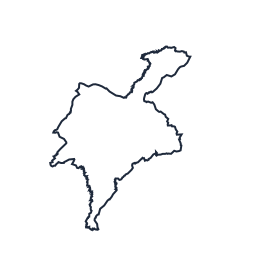 Kumphawapi, Udon Thani, Thailand (Equal Earth projection), rotated 234°
{"feature_id": "78962969B78626790944286", "entity_name": "Kumphawapi", "entity_type": "district", "adm_level": 2, "iso_a3": "THA", "parent_name": "Thailand", "parent_adm1": "Udon Thani", "projection": "equal_earth", "projection_center": [102.971, 17.074], "detail": "fine", "context": "isolated", "style": "outline", "palette": "slate", "viewbox_px": 256, "rotation_deg": 234, "n_neighbors": 0, "source": "geoboundaries", "source_scale": "gbopen_adm2", "svg_char_len": 5767}
<svg xmlns="http://www.w3.org/2000/svg" viewBox="0 0 256 256"><g transform="rotate(234 128 128)"><path d="M171.7,206.3L171.7,205.6L171.2,205.4L171.2,205.0L171.8,204.5L171.4,204.6L171.2,203.8L171.5,203.7L171.2,203.3L172.0,201.9L171.4,201.1L171.3,200.3L171.6,200.1L171.7,199.1L172.4,198.7L171.8,198.4L171.8,197.4L172.0,197.6L172.1,197.2L172.8,196.8L172.2,196.7L172.4,195.6L173.2,195.6L173.2,193.4L173.4,193.8L173.7,193.2L174.1,193.2L174.8,193.8L175.3,193.0L175.0,192.5L175.6,191.8L176.3,192.2L175.6,191.2L176.0,190.4L175.9,189.0L176.8,188.2L176.6,187.5L177.0,186.8L177.1,185.3L177.8,185.4L177.8,184.8L177.2,184.1L177.7,183.4L178.1,183.6L178.0,182.8L178.4,183.1L178.6,182.7L178.2,182.6L178.1,181.7L177.7,181.5L177.8,182.6L176.9,182.8L177.2,180.5L176.8,179.9L176.5,180.3L176.8,181.1L176.5,180.9L175.8,181.9L175.5,181.7L175.9,181.4L175.1,180.7L173.8,181.4L172.2,184.5L171.2,184.3L170.7,183.5L170.0,184.0L167.7,183.5L167.6,184.0L166.8,183.9L166.5,182.9L165.4,182.0L166.0,180.1L164.8,179.4L164.5,180.1L164.1,179.5L164.0,178.5L164.5,177.5L164.1,176.6L164.7,175.9L164.0,175.6L164.3,174.7L163.2,174.5L163.7,173.8L163.5,173.4L163.0,173.6L163.1,172.7L162.6,172.8L162.5,171.4L162.2,171.4L162.4,171.9L162.0,172.3L161.7,171.5L161.0,171.4L161.4,170.0L160.2,168.7L160.5,167.6L159.8,167.1L159.9,166.1L160.2,166.4L160.7,166.1L160.3,164.9L161.0,163.9L160.4,162.6L160.9,159.7L159.6,158.6L159.4,156.8L159.0,157.4L158.5,156.9L157.6,157.2L157.9,156.9L157.4,156.0L157.8,155.1L157.5,154.8L157.7,154.3L157.1,153.9L157.4,153.7L157.1,153.3L156.8,153.9L156.0,153.5L156.0,154.0L155.7,153.1L154.9,152.6L154.7,152.2L155.7,150.9L155.0,149.4L155.2,149.1L155.0,148.8L155.0,148.1L155.2,147.7L154.8,146.9L154.7,145.3L153.9,144.8L153.7,144.2L154.9,143.3L154.8,142.4L158.2,140.5L161.3,137.4L168.4,134.5L172.7,133.9L173.0,133.1L176.8,131.5L180.0,129.5L182.5,127.4L183.8,125.4L184.7,120.5L187.1,119.0L189.2,118.2L191.6,116.5L192.5,115.3L192.3,114.4L189.3,112.0L188.7,109.9L188.6,107.8L186.9,108.4L183.8,108.3L184.1,103.8L183.4,100.7L182.0,98.5L179.4,96.6L177.0,93.0L175.5,92.0L175.2,91.1L174.8,91.1L174.5,90.0L174.2,90.1L174.2,88.9L173.9,88.7L174.2,86.9L172.4,83.6L172.8,82.6L172.4,78.3L169.8,72.2L168.6,70.1L168.6,69.2L169.2,67.4L168.9,66.0L168.2,64.9L166.9,66.4L166.6,67.7L165.4,68.7L161.1,67.5L156.8,69.8L152.7,69.7L151.9,69.1L150.8,61.0L149.9,56.6L149.0,56.2L149.1,55.4L148.3,55.4L148.2,53.3L148.6,53.2L148.5,51.6L148.7,51.1L146.4,51.1L146.2,47.5L144.7,46.9L145.5,44.6L143.7,43.7L142.3,43.7L141.2,44.4L141.0,46.1L140.3,46.9L141.0,49.0L141.0,51.0L141.3,51.7L139.1,53.2L137.4,55.6L138.0,56.5L137.7,57.5L137.1,61.9L134.6,66.2L133.9,66.0L133.8,65.2L133.2,64.9L131.7,61.5L128.3,63.9L125.6,63.4L124.6,64.4L124.9,66.2L124.5,66.7L125.0,67.4L124.6,67.2L124.6,67.7L123.5,68.1L123.3,67.7L123.1,68.3L122.7,67.9L122.3,68.4L122.0,68.0L121.7,68.2L121.6,67.5L121.0,68.5L120.8,68.4L121.0,68.0L120.6,68.1L120.1,67.4L119.2,67.5L118.9,66.8L117.9,66.9L117.6,66.2L117.0,66.9L116.8,65.8L115.6,64.8L115.0,65.2L114.0,65.0L113.4,66.1L113.3,65.7L112.7,65.8L112.9,65.3L112.5,65.2L112.4,64.5L112.1,65.6L111.6,65.4L111.5,64.8L110.4,65.2L110.5,64.7L109.8,64.9L108.8,64.1L108.8,63.6L108.3,63.0L107.4,63.1L105.5,61.1L104.3,62.5L103.6,62.5L103.5,62.1L103.3,62.6L102.4,62.2L102.5,61.9L101.7,61.9L101.1,60.9L101.1,61.7L100.2,61.2L99.5,60.6L99.3,60.0L98.6,60.0L98.4,60.6L98.0,60.4L98.0,61.3L97.8,60.8L97.7,61.2L97.4,60.8L97.1,61.0L97.0,60.4L96.2,60.6L95.3,60.1L95.4,59.4L95.1,59.6L94.3,58.4L94.2,58.8L93.8,58.8L93.8,57.5L93.2,57.4L93.0,56.5L92.1,56.0L91.8,55.1L90.9,56.6L89.8,56.2L89.7,54.3L88.8,52.8L88.7,52.2L88.1,52.3L87.6,51.5L85.8,51.5L85.0,50.6L83.4,49.7L82.5,49.9L81.2,48.1L81.4,46.3L79.0,44.5L79.3,43.5L78.7,42.8L79.0,42.5L77.3,38.9L75.0,38.9L74.6,37.7L74.2,37.4L73.9,37.7L72.8,35.9L72.3,35.7L72.0,36.5L71.5,36.5L71.6,37.1L71.1,37.4L70.8,38.6L69.7,37.8L67.1,38.6L67.0,39.4L67.4,40.1L67.1,40.2L66.9,40.8L66.3,40.3L66.3,41.7L65.1,42.0L64.3,42.8L64.4,43.7L63.5,43.8L63.5,44.5L65.7,45.0L68.5,46.6L72.9,46.7L74.0,47.6L74.5,48.6L74.4,49.3L75.3,50.0L75.8,52.4L75.3,53.4L79.0,58.0L79.3,63.2L81.3,68.8L81.4,71.0L81.0,71.2L82.0,74.5L83.2,77.0L84.3,82.2L84.7,82.5L85.5,82.1L85.8,82.7L86.0,82.4L86.3,83.5L87.2,83.5L87.3,83.0L88.5,83.5L89.5,85.7L89.8,85.5L90.1,85.8L90.3,85.2L90.6,85.6L91.0,85.1L91.6,85.3L91.8,86.0L92.5,85.7L93.2,87.1L93.9,87.0L94.5,88.2L92.9,90.3L91.1,90.5L90.5,91.8L90.7,93.4L91.3,94.3L91.1,95.3L91.6,96.8L91.3,97.5L91.8,98.7L91.3,101.1L92.1,106.3L92.9,108.5L95.1,109.2L96.2,110.2L96.3,111.2L95.8,113.0L95.0,112.9L94.9,114.6L94.4,115.8L95.3,122.1L94.7,122.1L94.3,123.2L91.6,122.5L91.5,123.8L90.4,124.5L90.2,126.1L90.8,126.5L90.5,128.7L91.7,133.0L91.2,135.4L91.3,136.1L92.1,136.6L90.8,136.7L90.4,135.7L89.5,134.7L88.9,134.8L88.9,136.3L87.3,138.8L86.7,140.8L85.1,143.1L84.8,144.3L83.8,144.9L83.7,145.5L81.8,147.7L82.4,152.0L80.5,153.4L79.4,155.6L79.0,157.4L82.5,160.9L83.1,160.6L84.6,161.6L88.8,162.6L88.5,163.6L89.8,164.1L91.3,167.6L93.9,163.6L95.1,164.1L96.1,165.8L98.7,165.8L101.4,166.7L102.4,166.1L103.5,164.6L104.7,164.9L105.1,163.8L106.6,161.7L107.7,162.3L108.6,163.6L110.3,163.5L111.7,165.9L114.9,165.1L117.0,165.9L118.2,165.2L122.1,164.1L122.5,163.0L123.1,162.5L126.8,161.6L131.6,163.1L134.4,163.0L134.8,161.6L137.6,159.8L138.1,158.1L138.9,158.1L140.1,157.0L141.6,157.6L142.7,158.6L145.2,161.8L145.5,163.1L145.3,163.7L144.2,164.0L144.5,166.1L144.0,166.2L143.9,168.1L142.8,168.3L142.6,169.1L143.1,174.5L144.8,180.2L148.4,185.0L148.0,186.7L148.1,190.5L144.2,193.4L143.8,197.6L146.1,203.0L146.7,205.6L146.5,207.1L145.3,209.9L146.0,214.3L149.1,220.3L149.8,219.4L151.9,218.1L155.2,219.4L155.9,217.9L157.0,218.1L158.6,216.7L159.2,214.9L161.1,212.7L162.2,212.1L162.2,211.6L163.0,211.5L164.7,213.4L166.4,212.9L167.5,209.9L168.4,209.3L169.5,207.5L171.0,207.4L171.7,206.3Z" fill="none" stroke="#1e293b" stroke-width="2"/></g></svg>